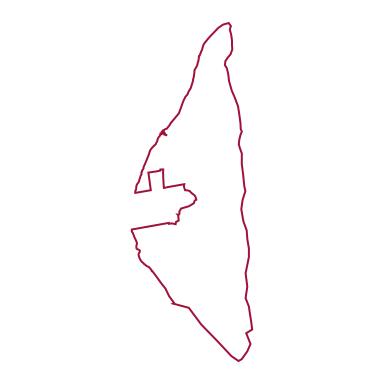 the district of 'Eua Prope, Eua, Tonga
{"feature_id": "48082658B54870744689581", "entity_name": "'Eua Prope", "entity_type": "district", "adm_level": 2, "iso_a3": "TON", "parent_name": "Tonga", "parent_adm1": "Eua", "projection": "natural_earth1", "projection_center": [-174.946, -21.37], "detail": "fine", "context": "isolated", "style": "outline", "palette": "rose", "viewbox_px": 384, "rotation_deg": 0, "n_neighbors": 0, "source": "geoboundaries", "source_scale": "gbopen_adm2", "svg_char_len": 3346}
<svg xmlns="http://www.w3.org/2000/svg" viewBox="0 0 384 384"><path d="M135.3,192.9L150.8,190.2L149.6,181.4L148.4,172.6L157.0,171.3L160.3,170.6L160.4,169.5L163.2,169.4L163.2,170.0L163.1,172.9L163.2,175.8L163.2,177.2L163.6,183.8L163.9,187.9L165.6,187.6L167.7,187.1L171.7,186.4L171.8,186.4L184.3,184.2L183.9,186.5L184.4,188.1L185.1,190.2L187.7,190.4L189.8,191.1L191.0,192.6L194.6,195.4L195.6,197.1L196.3,199.7L195.6,199.9L194.4,201.2L193.9,203.2L189.0,206.2L181.0,208.6L179.3,211.7L179.5,213.8L178.6,214.9L177.7,214.7L178.2,215.4L178.4,217.6L178.7,220.5L175.9,222.1L175.6,224.2L172.5,223.5L172.0,223.4L168.9,223.8L168.8,222.9L162.6,224.0L131.8,229.5L131.8,231.5L132.1,232.0L132.9,233.1L134.0,236.1L134.4,237.2L135.4,239.2L136.6,241.9L137.0,243.9L136.3,246.0L136.5,248.4L136.8,248.9L137.5,249.3L138.5,249.6L139.6,250.3L139.9,250.8L139.6,252.3L138.8,253.4L138.6,254.5L138.6,255.2L139.4,257.7L140.1,259.3L141.4,261.4L143.4,263.2L144.4,264.3L144.8,264.4L146.6,266.0L148.8,267.0L149.9,268.1L151.7,270.5L151.9,271.2L152.4,271.2L157.2,277.6L159.3,280.6L161.5,283.6L165.4,288.5L169.2,296.3L174.1,303.0L173.0,303.6L188.8,307.8L201.4,324.7L216.7,340.4L231.4,356.1L238.5,361.0L241.8,359.1L247.3,351.3L250.5,344.0L246.2,333.2L252.2,329.5L251.1,321.1L250.0,314.4L248.9,306.6L245.6,298.1L247.3,286.6L245.6,273.3L248.9,257.0L248.9,248.6L247.3,238.9L246.7,230.4L243.4,221.4L242.9,218.6L241.3,209.3L242.6,199.9L245.4,191.1L244.3,186.3L243.2,175.1L241.8,164.2L241.8,160.9L241.8,153.4L239.9,148.2L238.8,144.3L239.4,139.1L240.5,134.9L241.8,131.6L240.7,128.9L240.5,123.4L239.1,113.1L238.0,106.2L234.7,97.4L231.7,90.5L229.0,80.8L228.2,73.8L226.8,68.1L224.9,65.1L225.4,61.1L227.6,57.8L230.6,54.2L232.3,49.3L232.0,45.4L232.0,40.6L231.2,34.8L229.8,29.4L230.9,26.1L228.7,23.0L223.0,24.6L218.3,27.9L213.8,32.6L208.8,37.8L204.2,43.6L203.7,44.4L202.5,47.8L202.1,49.8L201.2,51.4L200.8,52.6L199.6,55.6L198.9,56.1L198.8,56.9L198.9,57.7L198.3,61.3L197.6,63.1L197.5,64.4L197.0,65.7L196.0,67.6L195.2,68.9L194.5,70.2L194.4,72.3L193.8,76.9L193.1,79.4L192.9,81.2L190.7,88.2L188.7,91.4L187.4,94.5L185.3,97.0L183.3,101.1L180.3,109.5L178.9,113.3L172.0,121.6L171.1,122.6L170.8,122.8L170.6,123.3L169.7,124.9L169.1,125.8L166.8,128.6L165.2,129.2L164.7,129.5L164.1,130.2L164.0,130.4L163.3,130.2L163.1,130.3L162.8,130.8L162.5,131.3L162.2,131.6L161.9,131.6L161.8,131.8L162.0,131.9L162.4,131.8L162.5,131.9L162.9,131.3L163.8,132.1L163.7,132.3L163.9,132.4L164.1,132.5L164.1,133.1L164.1,133.5L164.4,133.5L164.4,133.8L164.6,133.9L164.6,134.0L164.8,133.9L164.8,134.0L165.1,134.1L165.4,134.4L165.9,134.7L166.3,135.0L166.1,135.2L165.6,135.1L164.8,134.7L164.2,134.0L162.7,133.5L162.1,133.7L161.8,133.9L161.4,134.3L160.8,134.2L161.0,133.6L160.5,133.5L160.2,134.5L160.2,135.1L160.0,135.4L159.8,135.8L159.5,136.3L159.3,136.5L158.8,137.0L158.3,137.8L158.0,138.2L157.9,138.6L157.8,138.8L157.7,139.1L157.4,139.8L157.4,140.2L157.2,141.3L156.9,141.9L156.3,142.7L155.9,143.7L155.7,144.3L154.9,145.1L154.1,145.6L153.4,146.4L152.3,147.5L151.0,149.1L150.1,150.5L149.4,152.7L148.7,154.8L146.2,161.1L144.0,166.2L143.5,167.3L143.5,168.5L142.9,169.5L142.2,170.3L142.1,171.2L141.7,171.9L141.4,172.8L141.5,174.5L140.5,176.0L140.2,177.3L139.5,179.3L139.0,181.6L137.9,183.2L137.5,183.6L136.8,184.8L136.4,185.9L136.3,187.3L136.1,188.8L136.1,189.1L135.2,191.7L135.3,192.9Z" fill="none" stroke="#9f1239" stroke-width="2"/></svg>